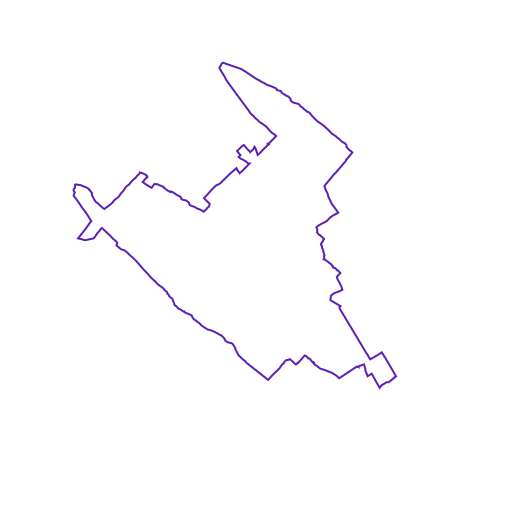 the district of Pogana, Vaslui, Romania, rotated 326°
{"feature_id": "2599482B64640023243271", "entity_name": "Pogana", "entity_type": "district", "adm_level": 2, "iso_a3": "ROU", "parent_name": "Romania", "parent_adm1": "Vaslui", "projection": "mercator", "projection_center": [27.562, 46.333], "detail": "fine", "context": "isolated", "style": "outline", "palette": "violet", "viewbox_px": 512, "rotation_deg": 326, "n_neighbors": 0, "source": "geoboundaries", "source_scale": "gbopen_adm2", "svg_char_len": 6109}
<svg xmlns="http://www.w3.org/2000/svg" viewBox="0 0 512 512"><g transform="rotate(326 256 256)"><path d="M306.4,406.2L301.6,406.2L292.9,405.5L292.9,404.2L293.1,401.3L293.3,400.1L293.2,397.7L293.9,385.7L296.0,346.4L296.1,345.9L296.4,345.2L296.8,345.0L298.0,344.8L293.0,334.2L296.0,330.9L296.9,330.6L297.9,330.7L299.8,330.5L304.6,331.7L308.7,332.3L309.6,329.4L310.2,325.7L310.6,321.7L310.8,320.2L311.3,318.5L316.4,317.3L316.1,315.4L316.1,314.8L315.7,313.7L315.2,313.3L315.1,311.3L314.7,310.1L314.2,309.6L313.5,308.6L313.9,308.2L313.6,307.7L314.0,307.2L313.7,306.1L313.6,304.3L312.9,303.0L312.7,301.8L312.3,300.8L311.9,299.5L311.2,298.0L310.2,296.5L311.4,296.0L312.2,294.2L313.1,294.0L313.5,292.1L314.1,291.0L314.4,289.6L315.1,288.4L315.4,285.9L316.3,284.7L316.3,284.4L316.1,284.0L316.3,282.6L317.3,282.0L318.0,281.9L318.5,281.4L319.1,281.4L320.6,280.3L321.6,280.3L321.9,280.0L321.8,278.8L321.4,277.8L321.4,276.9L320.9,275.8L320.8,274.6L320.1,273.8L320.0,272.5L319.8,272.1L320.0,271.2L319.9,270.4L320.8,269.6L321.1,268.8L321.6,268.3L322.1,265.9L324.1,265.7L327.9,265.9L332.9,266.5L334.8,266.5L339.3,265.5L342.2,265.5L348.4,266.1L348.1,257.7L347.9,255.9L349.0,248.0L349.5,246.1L350.3,244.2L350.8,240.3L351.8,236.2L366.8,231.8L367.6,231.8L383.7,227.4L384.3,227.1L384.5,226.6L386.6,226.2L393.7,224.1L393.5,222.5L392.8,220.9L392.1,217.6L392.1,215.8L392.7,215.2L393.0,214.4L392.7,212.2L391.3,209.6L390.8,207.9L390.4,205.4L389.7,203.9L389.2,201.5L387.3,197.1L386.3,191.1L385.2,186.5L384.0,182.9L382.4,179.1L381.2,174.2L381.2,173.0L380.8,171.2L380.4,166.9L379.7,165.6L378.9,164.6L378.7,163.4L377.9,161.3L377.7,159.5L376.5,156.3L376.6,154.7L375.9,153.2L372.7,149.7L371.7,147.0L371.7,146.6L372.5,145.4L372.5,144.9L372.1,142.4L371.8,141.4L371.0,140.6L368.9,135.8L368.6,134.6L368.7,134.4L368.8,133.0L367.1,131.3L366.1,129.9L366.5,129.2L366.4,128.3L363.1,123.2L360.7,120.0L359.3,116.8L358.0,114.8L357.3,113.0L355.6,109.9L354.1,106.5L351.1,99.0L348.8,93.7L347.5,91.6L336.6,77.2L334.5,77.6L333.1,78.5L331.2,79.3L330.8,79.6L330.6,82.0L330.2,90.4L329.8,92.6L329.8,95.6L330.2,106.9L331.3,132.4L331.1,133.5L331.4,135.9L332.3,138.6L332.2,139.3L332.7,142.0L333.5,144.5L333.9,147.2L334.8,148.8L336.6,153.6L337.0,155.1L337.6,160.7L338.3,163.4L339.0,164.8L339.5,166.3L339.8,167.8L330.8,169.7L328.7,169.7L329.0,170.7L328.7,170.9L328.4,170.8L328.1,170.0L327.8,170.4L326.4,170.9L320.2,172.0L317.4,172.7L313.9,173.2L316.0,165.9L315.8,164.6L314.8,165.3L313.3,166.1L309.3,166.6L309.4,166.3L308.6,162.3L308.0,157.2L305.3,157.3L299.0,158.4L299.5,163.7L297.0,164.2L297.6,166.6L298.4,167.7L299.5,169.8L300.7,172.5L301.0,173.9L301.3,174.6L301.6,175.2L302.3,175.7L293.4,177.6L288.7,178.3L288.8,177.3L288.6,174.7L288.9,172.3L281.5,173.1L273.1,174.6L272.7,174.9L272.3,174.7L267.7,175.6L265.5,175.8L263.1,175.2L261.3,175.3L259.7,175.7L259.3,175.6L245.2,179.0L246.0,183.3L246.8,186.8L246.3,187.5L244.4,188.7L242.0,189.0L241.2,189.5L237.4,190.0L237.1,189.1L236.0,187.2L235.9,186.7L235.1,185.5L234.3,184.6L232.3,180.7L229.6,176.9L229.5,176.3L230.1,174.6L230.0,173.7L229.4,171.5L229.0,170.8L227.0,168.7L226.2,167.5L226.0,166.9L226.5,166.0L226.4,164.4L224.6,161.3L223.2,157.8L222.5,156.3L221.6,154.9L220.9,155.2L219.3,152.3L217.6,147.4L218.0,147.1L217.0,145.4L215.6,143.5L214.9,142.1L213.5,140.5L212.2,140.0L211.9,139.5L207.6,141.1L204.7,134.9L203.4,131.3L207.9,130.0L210.0,130.0L210.1,129.9L210.0,127.9L210.3,127.9L210.2,127.5L208.7,124.6L206.7,122.1L206.4,121.8L205.9,122.3L204.7,122.8L202.4,123.0L199.8,123.9L197.8,124.0L192.1,125.2L190.6,125.9L189.5,125.7L186.8,126.0L182.5,127.7L178.7,128.7L176.5,129.7L174.7,130.2L170.0,130.5L168.2,130.9L167.8,131.3L166.9,131.5L163.9,131.9L156.6,132.2L155.9,130.7L154.9,126.7L154.4,124.1L153.5,121.5L153.4,119.8L153.9,114.0L155.1,112.5L155.1,109.1L154.7,108.0L155.0,107.3L153.7,104.1L152.5,102.7L149.9,98.7L148.3,97.6L147.2,96.2L145.8,95.7L145.2,96.8L144.2,98.0L143.3,98.5L142.4,98.6L141.5,99.4L141.3,100.6L141.4,102.0L140.4,102.4L139.6,103.3L138.5,104.0L138.9,111.0L138.9,119.2L139.2,124.5L139.1,131.0L138.8,135.1L136.2,135.7L134.2,136.8L133.5,136.8L130.9,137.9L118.3,141.9L121.0,144.7L122.4,146.7L123.7,147.6L131.2,150.6L131.9,150.5L137.5,148.3L139.5,147.9L142.6,146.7L143.9,146.6L146.3,156.9L147.1,161.7L148.4,166.5L148.4,167.2L148.2,167.5L146.5,169.0L146.3,169.3L146.3,169.8L146.9,171.3L147.7,174.5L148.6,175.9L150.2,177.9L151.3,181.4L151.6,183.5L152.7,187.6L154.0,193.7L155.2,204.1L155.8,207.2L157.0,216.0L157.6,218.2L157.9,220.1L158.4,220.8L158.5,223.4L159.4,226.4L161.0,230.5L161.3,233.5L162.0,236.0L161.9,236.8L161.4,237.6L161.8,238.4L161.9,239.0L161.6,241.1L162.0,242.8L162.7,244.1L162.5,245.9L161.2,250.7L161.2,251.8L161.9,253.2L162.2,255.7L162.5,256.6L163.6,258.3L164.1,259.8L164.9,261.5L165.5,261.8L165.3,262.5L166.5,264.6L168.5,267.6L169.4,269.3L169.0,272.0L169.1,273.8L170.3,276.4L170.4,277.4L170.8,278.4L171.4,279.5L171.7,280.7L171.7,282.0L173.0,285.9L174.9,290.0L176.6,291.8L177.6,293.4L178.3,294.2L181.1,299.2L182.2,301.7L182.8,302.2L183.2,303.9L183.6,306.3L183.3,308.5L183.3,309.3L184.5,312.0L185.1,312.5L186.0,313.7L186.8,314.3L187.4,315.5L187.5,317.1L187.3,320.4L186.8,322.2L186.2,326.4L186.1,328.7L187.4,334.8L188.2,336.8L188.3,338.9L196.8,365.5L203.7,363.8L212.6,362.3L214.6,361.4L217.3,360.5L219.0,360.5L220.4,359.6L222.8,359.3L223.5,359.4L224.5,360.2L226.2,360.3L226.9,362.2L228.4,368.3L231.0,367.8L231.2,368.2L240.7,365.7L240.9,366.2L241.4,366.5L241.8,368.1L242.0,368.6L242.1,370.3L243.0,370.8L243.2,371.5L243.4,375.4L243.6,376.0L244.0,375.8L244.3,375.9L244.5,377.1L244.3,377.6L243.8,377.7L244.0,378.9L244.2,379.6L245.0,381.0L245.4,382.7L246.4,385.5L249.3,389.0L253.6,395.3L255.2,398.8L256.0,401.1L256.6,403.9L277.2,404.0L277.3,404.4L278.5,404.7L278.8,405.2L278.9,404.7L284.9,406.2L283.5,410.8L282.7,411.7L282.6,412.2L281.6,417.1L281.3,418.1L286.1,418.3L285.0,431.3L284.9,434.5L286.5,433.8L287.0,433.8L287.9,433.3L288.5,433.6L289.6,433.4L291.3,433.7L292.6,433.5L293.8,433.8L295.4,434.8L295.7,434.8L298.3,434.6L298.8,434.8L299.6,434.4L301.0,434.5L301.6,434.2L302.3,434.3L302.7,434.0L304.8,434.1L305.7,421.9L306.2,412.2L306.4,406.2Z" fill="none" stroke="#5b21b6" stroke-width="2"/></g></svg>